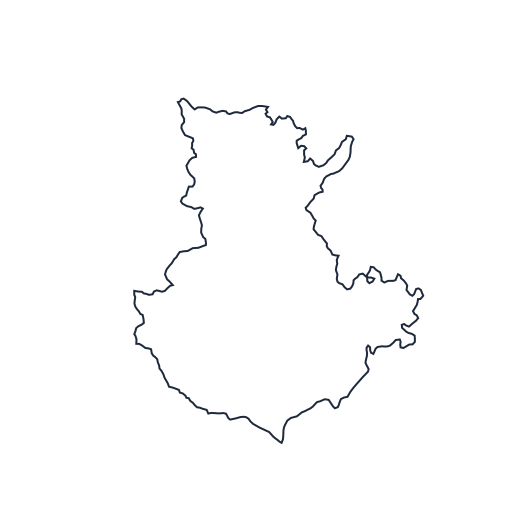 outline of Angatuba, São Paulo, Brazil, rotated 232°
{"feature_id": "56859067B11157452841276", "entity_name": "Angatuba", "entity_type": "district", "adm_level": 2, "iso_a3": "BRA", "parent_name": "Brazil", "parent_adm1": "São Paulo", "projection": "albers", "projection_center": [-48.445, -23.449], "detail": "fine", "context": "isolated", "style": "outline", "palette": "slate", "viewbox_px": 512, "rotation_deg": 232, "n_neighbors": 0, "source": "geoboundaries", "source_scale": "gbopen_adm2", "svg_char_len": 5571}
<svg xmlns="http://www.w3.org/2000/svg" viewBox="0 0 512 512"><g transform="rotate(232 256 256)"><path d="M303.5,138.6L300.4,136.2L297.9,135.5L295.7,133.1L293.3,130.9L290.3,129.7L287.6,129.5L284.5,129.6L281.5,129.2L279.4,130.4L275.7,128.6L272.3,126.4L272.3,123.8L273.1,119.8L272.9,117.1L270.9,114.6L269.4,112.0L267.2,111.8L263.9,110.5L260.5,107.6L258.6,109.9L255.7,111.1L251.6,112.2L249.4,114.4L247.1,115.9L243.4,113.9L240.5,113.7L238.2,114.4L235.4,114.6L232.5,113.1L229.5,112.3L226.7,110.7L223.6,110.8L219.7,110.2L216.5,109.0L210.0,108.1L206.5,107.0L203.5,109.4L200.3,111.4L197.9,112.8L195.3,111.9L192.7,113.7L189.3,114.4L187.1,113.9L185.3,115.5L182.4,115.0L179.0,115.9L176.3,115.9L173.1,116.4L171.1,118.3L168.6,119.8L165.1,122.4L161.2,121.4L159.8,124.3L155.8,128.7L154.4,130.4L152.4,133.5L150.2,135.3L145.3,134.4L143.0,134.9L140.4,140.3L138.7,144.5L136.9,147.3L134.9,149.1L132.4,149.9L129.1,149.8L125.6,150.3L118.5,153.2L113.5,155.8L109.1,158.0L103.0,158.4L100.3,159.0L97.8,159.7L95.3,160.2L93.0,161.1L95.0,164.4L97.0,166.3L98.8,167.9L101.6,170.2L103.6,172.4L105.0,174.8L107.0,179.4L106.9,183.8L104.5,189.5L104.5,192.4L104.6,195.7L103.7,198.8L103.1,202.0L102.4,205.2L102.4,208.4L102.9,211.0L103.3,214.2L102.1,216.9L100.8,222.0L97.9,224.7L92.5,224.3L90.1,224.1L87.5,224.4L86.5,227.4L87.8,229.8L89.2,231.7L91.0,234.8L90.3,238.2L88.7,241.4L90.8,246.5L92.0,250.9L93.1,256.1L94.9,265.9L95.9,273.0L97.6,275.2L101.3,275.8L104.4,276.5L106.1,278.3L109.0,281.9L111.0,283.7L113.8,285.2L115.6,286.6L116.4,289.2L113.9,289.7L111.3,287.9L109.0,287.1L106.6,288.2L109.3,293.2L109.5,295.6L108.4,297.7L107.2,299.8L105.3,301.8L103.7,304.1L102.9,306.6L103.2,311.3L103.8,314.3L101.7,317.9L99.5,317.2L97.1,314.9L95.0,313.7L92.7,315.6L91.9,322.2L90.0,325.0L90.5,328.3L92.8,330.1L95.6,332.0L98.7,330.9L101.3,328.9L103.5,327.9L106.4,327.4L109.5,326.9L112.0,328.5L111.2,330.9L109.1,331.4L106.2,333.1L106.5,339.1L106.5,342.2L107.2,345.6L110.4,346.1L112.8,345.2L115.9,345.8L117.2,349.3L118.5,352.7L120.5,355.3L122.3,357.1L120.9,359.1L121.7,363.3L125.4,364.3L127.6,365.0L130.3,364.2L131.4,361.9L128.6,357.1L128.4,354.7L131.1,353.6L136.6,353.7L139.6,357.0L142.7,357.4L145.9,357.3L149.1,356.6L151.4,357.7L154.2,356.7L152.4,353.4L151.1,351.1L151.9,348.9L155.1,344.7L156.1,340.8L159.3,339.7L161.6,341.5L164.8,342.9L166.8,343.7L169.3,342.7L171.7,342.0L174.6,341.8L176.8,339.8L174.6,337.1L173.7,335.0L172.8,332.0L170.7,330.3L174.0,329.7L176.4,329.3L177.9,326.0L176.9,322.8L177.1,320.3L176.8,318.0L174.3,315.6L172.9,312.9L172.2,310.1L173.7,307.2L176.9,306.6L180.4,306.7L183.5,304.8L185.6,304.4L188.3,305.6L191.3,308.8L195.8,310.3L198.1,312.8L199.9,315.3L202.9,317.0L204.3,319.0L205.4,321.2L207.8,318.8L210.1,317.1L214.4,318.1L217.8,317.4L220.0,317.7L222.2,319.6L227.6,319.5L231.3,319.8L234.5,317.9L238.7,317.9L241.6,317.8L243.6,319.8L247.2,324.9L249.9,324.5L253.2,325.1L256.6,325.5L261.1,324.0L263.4,324.8L263.8,327.7L265.1,332.3L265.7,336.7L267.9,339.6L267.5,342.3L267.1,344.9L265.6,348.1L267.4,349.3L269.6,349.2L271.6,350.1L272.7,353.7L274.9,357.3L275.4,360.5L274.9,363.0L274.5,365.5L273.3,367.6L272.7,370.0L271.7,373.7L272.0,378.0L273.0,381.5L274.8,387.9L276.2,390.7L277.7,392.4L279.7,394.5L281.8,396.2L284.3,398.5L286.7,402.0L288.0,404.8L291.1,405.0L294.8,401.6L292.7,398.6L293.0,394.1L290.9,390.3L289.9,387.9L290.0,384.1L287.8,380.5L287.5,377.8L287.3,375.1L287.1,371.7L286.0,368.3L286.0,364.9L287.6,360.4L290.7,358.8L292.8,358.3L295.7,359.4L299.5,358.7L298.8,355.1L300.7,351.6L303.6,355.2L306.1,356.2L309.6,358.9L309.9,361.9L312.9,361.6L315.1,359.4L315.0,355.7L317.7,356.7L320.2,357.7L321.8,359.1L321.5,362.0L321.0,364.3L321.8,366.8L321.1,370.2L324.0,372.4L326.3,373.5L326.7,370.8L330.1,369.1L331.4,367.1L334.2,366.8L337.7,367.5L339.6,368.4L342.1,368.3L344.6,368.5L347.0,366.8L346.2,364.3L348.3,361.0L351.5,360.2L351.0,356.4L349.1,353.3L348.6,350.5L350.4,348.9L351.3,351.7L354.6,352.2L356.8,352.3L359.2,350.6L362.2,351.1L362.3,353.6L365.2,353.9L366.1,357.2L370.4,353.2L372.9,350.0L374.0,346.5L374.7,344.1L375.1,341.0L376.3,338.1L377.1,336.0L377.2,333.2L378.9,331.3L380.8,329.8L382.5,327.4L383.2,325.1L384.0,322.7L386.0,321.3L388.4,321.4L390.9,319.1L392.5,315.7L393.4,312.9L396.7,310.8L399.9,310.1L402.3,308.6L404.4,307.2L406.1,305.3L408.9,301.6L409.3,297.9L413.4,297.2L420.5,297.1L424.6,295.9L425.5,293.6L424.5,291.5L425.4,289.2L418.2,288.0L416.0,286.8L413.4,284.6L411.2,284.3L408.3,283.8L405.7,281.7L404.9,278.1L402.8,276.0L399.3,275.1L395.0,274.5L392.3,276.0L389.8,277.5L387.5,278.7L385.3,277.5L384.3,275.1L382.1,273.5L380.5,271.6L378.2,272.2L375.3,270.7L373.2,271.3L371.0,269.8L372.6,266.2L372.3,262.5L371.0,259.4L370.0,256.8L367.2,255.5L363.9,254.6L360.5,254.3L357.5,254.8L355.1,255.1L352.2,253.4L350.5,251.3L349.8,248.7L352.0,245.8L350.4,243.4L348.7,240.7L346.6,238.2L347.1,235.9L347.2,233.6L345.3,230.4L342.5,230.3L340.4,231.2L337.8,232.3L334.4,235.1L331.1,236.4L329.5,239.7L328.5,242.2L326.1,243.3L324.9,239.6L323.3,236.2L321.0,235.1L318.7,234.3L316.2,233.4L313.5,232.3L311.1,229.6L308.2,227.2L305.8,226.6L303.3,226.0L300.6,226.6L297.4,224.8L295.5,223.3L296.7,219.7L297.9,215.7L301.1,211.0L301.6,207.8L302.0,205.3L304.3,201.8L306.1,198.3L305.1,195.2L304.0,192.3L303.9,189.6L302.9,187.1L302.1,184.9L301.7,182.2L300.5,177.4L299.0,174.9L297.4,172.9L295.0,172.3L292.4,171.6L288.9,172.2L284.3,172.5L285.4,170.0L285.2,166.7L284.6,162.7L285.7,160.0L290.0,156.7L290.8,153.7L289.5,150.9L291.4,147.6L293.3,146.6L295.7,144.5L298.0,144.1L300.4,141.4L303.5,138.6ZM170.7,330.3L168.3,333.3L165.3,335.3L164.1,332.2L164.8,328.6L167.5,328.2L170.7,330.3Z" fill="none" stroke="#1e293b" stroke-width="2"/></g></svg>